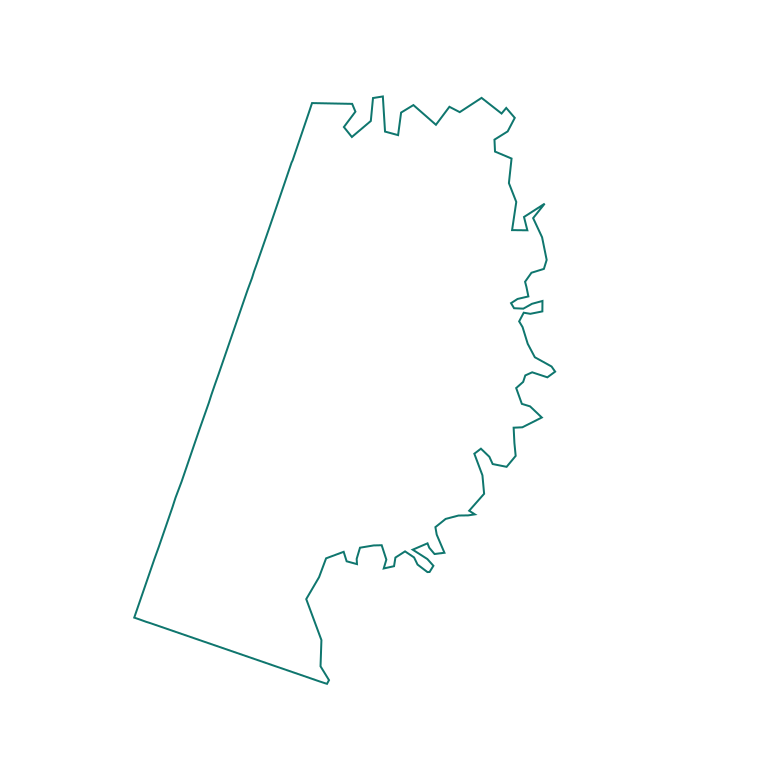 the district of Miller, Arkansas, United States of America, rotated 19°
{"feature_id": "52423323B19087014841162", "entity_name": "Miller", "entity_type": "district", "adm_level": 2, "iso_a3": "USA", "parent_name": "United States of America", "parent_adm1": "Arkansas", "projection": "albers", "projection_center": [-93.844, 33.315], "detail": "fine", "context": "isolated", "style": "outline", "palette": "teal", "viewbox_px": 768, "rotation_deg": 19, "n_neighbors": 0, "source": "geoboundaries", "source_scale": "gbopen_adm2", "svg_char_len": 1901}
<svg xmlns="http://www.w3.org/2000/svg" viewBox="0 0 768 768"><g transform="rotate(19 384 384)"><path d="M419.5,686.2L427.7,686.1L428.4,681.9L415.9,671.6L408.2,646.5L380.5,612.7L385.5,587.8L386.0,567.7L400.5,555.8L406.4,563.8L417.1,563.1L415.1,558.3L414.6,546.6L426.8,540.0L434.3,537.2L443.4,549.3L443.8,558.5L452.8,553.0L451.3,544.4L458.4,535.4L468.9,538.2L474.5,543.8L486.3,547.7L488.3,546.9L489.9,539.8L482.0,535.4L465.1,531.3L477.0,520.5L480.1,524.1L487.1,528.3L496.1,523.9L482.9,509.3L479.2,502.6L486.2,491.5L497.3,484.1L506.4,480.8L512.3,477.7L505.8,476.1L514.4,455.2L506.8,438.3L492.1,420.5L496.7,413.6L507.3,418.5L512.8,424.3L526.9,422.4L531.9,409.1L526.5,397.3L520.8,383.1L528.9,379.9L544.1,364.3L529.4,357.6L520.8,357.9L510.3,344.8L514.9,336.7L514.8,329.9L520.3,324.7L536.3,324.5L541.8,316.6L536.7,312.9L517.9,309.6L506.8,299.2L496.5,285.1L491.4,280.8L492.9,271.1L499.5,270.0L510.1,263.8L506.8,253.9L497.8,260.0L491.2,267.4L482.3,270.0L477.8,266.2L482.6,260.1L492.0,254.2L487.1,245.9L484.1,241.4L487.2,230.8L497.7,223.1L497.4,213.7L485.7,193.8L471.0,178.6L477.2,161.2L462.0,180.5L469.5,192.0L455.0,196.8L449.8,168.8L436.7,153.4L431.2,129.3L413.3,128.1L408.9,117.0L418.7,104.9L421.0,89.8L409.7,83.2L407.1,90.0L383.1,81.7L367.1,102.3L355.6,100.6L348.7,122.0L321.0,110.7L311.8,121.8L316.3,144.1L302.8,145.0L289.3,112.5L280.5,117.2L285.9,139.6L273.2,160.9L262.4,154.1L268.3,135.8L262.7,129.5L224.5,141.8L224.5,142.7L224.6,152.0L224.8,202.3L224.6,204.1L224.5,204.3L224.6,225.5L224.7,260.7L224.7,265.6L224.7,276.6L224.6,311.7L224.5,320.1L224.7,326.7L224.4,339.4L224.4,346.2L224.4,351.1L224.4,368.3L224.4,401.4L224.4,428.8L224.3,439.3L224.3,450.3L224.5,458.8L224.3,486.0L224.3,498.8L224.3,501.8L224.4,542.1L223.9,559.3L224.0,564.7L224.1,569.1L224.1,611.1L223.9,624.6L223.9,686.2L225.2,686.2L230.0,686.2L236.7,686.3L239.7,686.2L419.5,686.2Z" fill="none" stroke="#0f766e" stroke-width="2"/></g></svg>